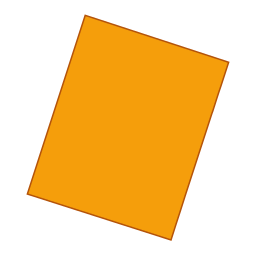 outline of Republic, Kansas, United States of America, rotated 108°
{"feature_id": "52423323B40433971762131", "entity_name": "Republic", "entity_type": "district", "adm_level": 2, "iso_a3": "USA", "parent_name": "United States of America", "parent_adm1": "Kansas", "projection": "albers", "projection_center": [-97.674, 39.828], "detail": "fine", "context": "isolated", "style": "filled", "palette": "amber", "viewbox_px": 256, "rotation_deg": 108, "n_neighbors": 0, "source": "geoboundaries", "source_scale": "gbopen_adm2", "svg_char_len": 403}
<svg xmlns="http://www.w3.org/2000/svg" viewBox="0 0 256 256"><g transform="rotate(108 128 128)"><path d="M71.0,52.7L65.4,52.7L59.1,52.6L52.9,52.6L34.4,52.6L34.1,203.5L221.9,203.3L221.2,52.5L205.7,52.6L205.1,52.6L202.5,52.6L196.2,52.6L190.0,52.6L174.4,52.7L174.0,52.7L172.7,52.7L88.9,52.7L88.4,52.7L87.9,52.7L85.8,52.6L71.7,52.7L71.0,52.7Z" fill="#f59e0b" stroke="#b45309" stroke-width="1.5"/></g></svg>